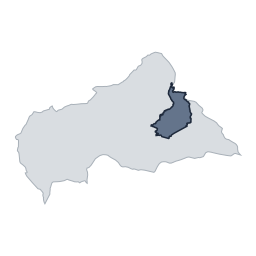 Yalinga, Haute-Kotto, Central African Republic (highlighted)
{"feature_id": "33826404B77142922363915", "entity_name": "Yalinga", "entity_type": "district", "adm_level": 2, "iso_a3": "CAF", "parent_name": "Central African Republic", "parent_adm1": "Haute-Kotto", "projection": "orthographic", "projection_center": [23.642, 7.657], "detail": "fine", "context": "in_parent", "style": "filled", "palette": "slate", "viewbox_px": 256, "rotation_deg": 0, "n_neighbors": 0, "source": "geoboundaries", "source_scale": "gbopen_adm2", "svg_char_len": 8542}
<svg xmlns="http://www.w3.org/2000/svg" viewBox="0 0 256 256"><path d="M182.1,92.6L184.6,93.2L185.1,94.0L184.4,96.6L184.9,98.2L186.3,99.6L187.8,100.2L189.2,100.5L194.1,101.3L196.1,102.3L198.8,105.3L202.1,108.0L202.9,109.5L202.8,110.8L201.8,112.4L202.0,113.1L203.5,114.7L205.3,116.3L208.5,118.1L214.1,121.0L216.7,122.9L217.6,124.3L219.0,125.9L221.0,127.3L222.4,128.4L221.5,131.6L221.7,132.6L222.3,133.5L223.4,134.8L223.9,136.4L225.1,138.3L226.5,139.2L228.8,139.6L230.0,140.5L232.5,142.0L235.0,143.4L236.1,144.3L236.7,145.1L237.3,146.1L237.6,147.1L237.6,149.2L238.1,151.9L239.4,153.7L240.6,155.0L235.6,153.5L234.9,153.5L234.0,153.8L231.4,155.7L230.5,155.9L227.2,155.5L219.2,154.1L213.1,152.7L211.2,152.2L207.9,151.7L205.7,152.7L203.7,156.1L203.1,156.7L199.9,157.7L198.4,157.5L194.7,158.4L188.9,157.0L186.9,157.3L185.3,158.0L181.2,159.6L178.7,160.4L175.8,161.2L173.0,162.4L171.2,163.1L169.3,163.1L167.7,162.4L165.9,161.8L163.8,161.7L161.5,162.0L159.6,163.4L158.8,164.3L157.2,166.9L155.2,171.0L154.5,171.9L153.8,172.3L144.8,170.2L140.9,169.7L138.3,170.3L135.1,169.2L133.6,168.9L133.0,169.3L131.2,168.8L128.2,167.3L125.4,166.7L122.8,166.9L121.3,166.4L120.0,165.0L118.4,162.5L115.5,160.0L111.6,157.9L109.2,156.4L108.2,155.4L106.1,154.8L102.9,154.6L99.8,155.6L95.4,158.7L91.2,165.1L88.9,167.5L87.0,168.1L86.6,169.7L87.5,172.2L87.7,175.0L87.0,179.8L87.2,183.3L86.3,182.7L85.3,181.1L84.9,180.7L82.2,181.4L80.7,182.1L80.0,182.7L79.4,182.8L78.6,181.9L77.9,181.8L76.8,181.9L75.7,181.9L75.0,181.7L74.5,181.8L73.3,181.3L68.6,179.9L67.8,179.4L66.9,179.4L64.4,180.6L63.2,180.9L59.3,181.6L55.2,181.8L53.6,181.8L52.5,182.3L51.8,183.1L50.5,187.5L50.1,188.2L50.2,189.4L49.8,192.9L49.9,194.1L44.9,203.8L44.1,202.1L43.6,200.2L43.4,198.0L43.6,197.4L43.2,196.8L42.8,195.0L43.2,193.8L42.9,192.6L42.0,191.4L41.1,190.5L40.6,189.6L40.2,189.3L39.2,189.1L37.9,188.7L32.5,182.8L26.9,176.3L25.7,174.1L25.3,172.9L26.7,172.8L27.0,172.6L27.1,172.0L26.2,170.4L25.8,168.2L25.1,166.9L22.9,164.9L20.8,163.3L20.2,162.6L19.8,161.4L19.1,154.4L18.7,152.4L18.1,151.6L17.6,151.1L17.4,150.6L17.5,149.4L17.8,148.3L17.8,147.9L18.4,146.9L18.5,140.4L17.8,139.5L16.6,139.5L15.9,138.5L15.4,137.3L15.5,136.5L16.8,135.2L17.6,134.7L20.0,133.7L20.7,133.2L21.2,132.6L21.5,131.7L22.9,128.4L25.1,125.2L26.0,124.5L28.2,119.6L28.7,118.4L29.1,117.2L29.7,116.2L32.1,114.6L33.9,111.7L35.7,111.9L37.6,112.4L40.1,112.7L42.1,112.1L43.3,111.0L49.4,109.2L49.8,107.6L50.8,106.8L51.9,106.1L52.3,106.0L52.4,106.6L53.0,108.2L54.3,109.8L56.3,111.6L56.9,111.5L58.2,110.2L61.3,109.4L62.1,109.1L64.4,107.1L67.1,105.9L68.6,105.5L71.3,104.3L73.3,104.5L76.4,104.3L81.5,103.7L85.3,103.6L87.1,103.4L87.6,103.1L88.4,101.3L88.9,100.7L90.4,99.9L93.1,97.1L95.0,94.8L95.5,93.9L95.9,93.8L96.7,92.8L95.9,91.7L92.9,89.6L92.9,89.3L92.7,88.9L92.9,88.7L94.1,87.8L95.7,86.8L97.4,86.5L101.8,86.6L105.5,86.4L106.4,86.5L109.3,86.0L111.3,85.6L113.4,84.6L118.1,84.7L122.0,82.2L123.1,81.7L123.6,81.3L123.7,80.9L125.5,79.9L127.6,77.8L129.2,75.9L129.7,74.6L134.1,70.0L135.6,70.1L136.4,69.6L138.1,66.5L138.7,66.0L140.5,65.4L141.3,64.5L142.1,63.2L142.1,61.5L141.8,60.2L141.8,59.6L142.2,59.0L142.9,58.4L146.2,56.7L147.1,55.9L147.6,55.2L148.5,55.1L149.5,55.2L150.2,54.7L150.9,54.0L153.2,53.0L155.3,52.2L157.6,52.6L161.6,53.6L162.8,55.8L163.4,56.5L168.4,61.7L169.4,62.9L171.9,66.6L173.4,69.2L175.2,72.8L175.3,74.7L175.1,76.4L174.7,81.2L174.3,82.6L172.1,85.2L172.0,86.3L172.4,87.3L173.1,87.7L173.5,88.2L173.3,90.4L174.1,91.3L175.7,91.9L179.9,92.3L182.1,92.6Z" fill="#d9dde1" stroke="#a8b0b8" stroke-width="1"/><path d="M186.1,99.9L185.8,99.8L185.5,99.7L185.3,99.7L184.9,99.6L184.7,99.4L184.4,99.1L184.1,98.9L184.0,98.7L183.8,98.3L183.7,98.1L183.8,97.9L183.9,97.6L184.0,97.4L184.0,97.2L184.1,96.9L184.1,96.6L184.1,96.4L184.4,96.1L184.5,96.0L184.6,95.9L184.6,95.7L184.9,95.3L185.0,95.2L185.4,94.9L185.5,94.8L185.7,94.7L185.9,94.5L186.0,94.4L185.9,94.3L185.7,94.2L185.4,93.9L185.3,93.7L185.2,93.7L185.3,93.5L185.4,93.3L185.7,92.9L185.7,92.7L185.3,92.5L185.0,92.6L184.9,92.6L184.7,92.6L184.3,92.5L184.2,92.5L183.8,92.7L183.5,92.7L183.1,92.6L182.9,92.6L182.6,92.6L182.1,92.5L181.7,92.4L181.2,92.5L180.7,92.3L180.6,92.2L180.3,92.2L180.2,92.2L179.7,92.2L179.3,92.3L179.1,92.3L178.9,92.2L178.7,92.1L178.4,92.0L178.2,91.9L177.9,92.0L177.5,92.0L177.1,92.2L177.0,92.3L176.7,92.3L176.4,92.2L176.1,92.1L175.7,92.2L175.1,91.8L174.9,91.8L174.7,91.8L174.3,91.8L174.1,91.9L174.0,92.0L173.8,92.2L173.6,92.3L173.2,92.3L173.0,92.2L172.9,92.1L172.9,91.9L172.9,91.7L172.7,91.5L172.6,91.4L172.6,91.2L172.7,90.7L172.8,90.5L172.9,90.4L173.1,90.3L173.3,90.1L173.5,89.9L173.7,89.6L173.9,89.1L174.0,89.0L174.0,88.9L174.1,88.7L174.0,88.3L174.0,88.2L174.1,87.5L174.1,87.4L174.0,87.2L173.9,87.1L173.7,87.1L173.5,87.3L173.2,87.9L172.8,87.9L172.6,87.9L172.4,87.8L172.1,87.5L171.9,87.4L171.8,87.2L171.7,86.9L171.8,86.6L171.9,86.3L172.0,86.1L172.0,85.9L172.0,85.7L172.1,85.3L172.1,85.0L172.3,84.6L171.9,84.6L171.8,84.4L171.7,84.1L171.8,83.5L171.9,83.2L172.0,83.1L171.9,83.0L171.6,82.9L171.4,83.0L171.0,83.5L171.0,83.9L170.9,84.2L171.1,84.7L171.2,85.0L171.2,85.6L171.2,85.8L170.8,86.3L170.5,86.7L170.1,87.9L169.9,88.5L169.8,88.9L169.7,89.4L169.2,90.1L168.8,90.7L168.8,90.9L168.9,91.1L168.9,91.4L168.7,91.6L168.6,91.8L168.6,92.3L168.5,93.0L168.4,93.6L168.6,94.4L168.8,94.7L169.0,95.0L169.2,95.5L170.0,96.7L170.2,97.4L170.6,97.8L170.7,98.5L171.0,99.3L171.5,99.6L171.6,99.8L171.6,100.1L171.8,100.5L172.1,100.6L172.2,101.0L173.1,101.9L173.4,102.0L173.6,102.2L173.6,102.5L173.5,103.0L173.7,103.4L173.7,103.8L173.6,104.0L173.4,104.3L173.0,104.4L173.0,104.7L173.1,105.1L173.1,105.6L172.3,106.7L171.8,107.1L171.5,107.1L170.8,108.1L170.6,108.3L170.1,108.6L170.0,108.8L169.8,109.0L169.5,109.2L169.2,109.3L168.9,109.4L168.7,109.2L168.4,109.3L168.1,109.2L168.0,109.3L167.8,109.5L167.7,109.6L167.3,109.7L167.2,109.8L166.9,109.9L166.6,109.9L166.3,110.0L165.9,110.1L165.7,110.4L165.7,110.8L165.3,110.9L165.2,110.9L164.9,110.7L164.7,110.7L164.1,111.3L164.0,112.0L163.8,112.7L163.6,112.7L163.4,112.7L163.2,112.8L163.0,113.3L162.8,113.7L163.0,114.2L162.9,114.5L162.7,114.4L162.4,114.3L162.2,114.4L162.2,114.8L161.8,114.7L161.6,114.6L161.4,114.4L161.3,114.5L161.3,115.0L161.2,115.2L161.0,114.9L161.0,114.7L160.9,114.5L160.4,114.7L160.0,115.2L159.9,115.7L159.9,116.0L160.2,116.3L160.1,116.5L159.8,116.7L159.8,116.8L160.0,116.9L160.1,117.1L159.9,117.7L159.9,118.0L159.8,118.3L159.8,119.0L159.8,119.5L159.6,119.4L159.3,119.7L159.2,119.9L159.1,120.1L158.9,120.1L158.7,120.0L157.6,120.7L156.5,121.8L155.9,122.3L155.7,123.4L155.6,123.6L155.3,123.7L154.8,123.6L154.4,123.6L154.2,123.6L154.1,123.8L153.6,124.1L152.8,124.8L152.3,125.1L152.0,125.1L151.7,124.9L151.4,124.9L151.2,125.1L151.1,126.0L152.1,126.1L152.8,126.6L153.1,126.6L153.3,126.4L153.6,126.5L153.8,126.8L154.0,126.9L154.2,127.1L154.4,127.1L154.6,127.2L154.7,127.3L154.9,127.4L155.3,127.5L155.7,127.7L156.1,127.7L156.5,128.1L157.1,128.3L157.4,128.6L157.2,129.4L157.3,129.8L156.9,130.2L156.8,130.6L156.6,130.7L156.0,130.8L155.8,131.1L155.4,131.2L155.3,131.6L155.4,132.0L156.1,132.0L156.2,132.7L156.5,133.0L156.8,133.0L157.2,133.1L157.4,133.3L157.6,133.3L157.9,133.3L158.2,133.5L157.9,133.9L157.7,133.9L156.6,134.1L156.5,134.3L156.1,134.6L156.1,135.5L158.0,135.3L158.6,135.1L159.6,135.4L160.3,135.1L161.0,135.2L161.3,135.6L161.8,136.6L168.7,138.5L169.1,138.1L169.1,137.7L169.1,137.0L169.3,136.9L169.4,136.7L169.5,136.3L169.8,136.2L170.1,136.4L170.5,136.4L171.1,136.2L171.3,135.3L171.7,134.8L172.3,134.5L173.4,133.7L174.2,133.2L185.9,126.8L185.9,126.5L186.1,126.4L186.3,126.4L186.5,126.5L186.8,126.4L186.7,126.2L186.5,125.9L186.4,125.8L186.3,125.7L186.6,125.5L186.7,125.4L187.0,125.3L187.1,125.0L187.0,124.8L187.1,124.6L187.3,124.5L187.3,124.4L187.2,124.3L187.0,124.1L186.9,123.6L187.3,123.5L187.4,123.3L187.4,123.1L187.6,123.1L187.9,123.2L188.1,123.2L188.3,123.0L188.5,123.0L188.7,122.9L189.0,122.9L189.1,123.0L189.3,123.0L189.6,123.0L190.0,122.9L190.4,122.2L190.7,122.4L190.9,122.2L191.0,121.9L190.9,121.5L190.8,120.8L191.0,120.2L190.9,119.5L191.1,119.0L191.0,118.8L190.8,118.7L190.7,118.5L190.8,118.2L190.7,118.1L190.4,118.1L190.2,118.0L190.2,117.8L190.4,117.6L190.2,117.1L190.2,116.8L190.4,116.3L190.6,116.1L190.7,115.9L190.8,115.7L190.9,115.2L191.2,115.1L191.5,114.2L191.5,113.8L191.1,113.6L191.0,113.3L190.8,113.1L190.4,112.1L190.2,112.0L190.0,111.5L189.9,110.8L190.1,110.2L189.6,109.3L189.7,108.6L189.4,107.6L189.3,106.4L189.0,106.0L189.3,105.6L189.6,104.7L189.7,103.8L189.5,103.5L189.2,103.4L188.9,103.0L188.6,102.9L188.5,102.7L188.5,102.0L188.0,101.8L187.5,101.7L186.2,100.5L186.1,99.9Z" fill="#64748b" stroke="#1e293b" stroke-width="1.5"/></svg>